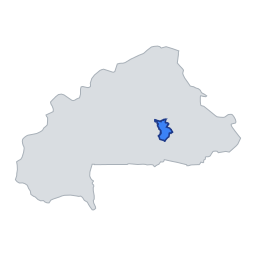 Kouritenga, Kouritenga, Burkina Faso shown in context
{"feature_id": "67063806B40595440400203", "entity_name": "Kouritenga", "entity_type": "district", "adm_level": 2, "iso_a3": "BFA", "parent_name": "Burkina Faso", "parent_adm1": "Kouritenga", "projection": "orthographic", "projection_center": [-0.33, 12.181], "detail": "fine", "context": "in_parent", "style": "filled", "palette": "blue", "viewbox_px": 256, "rotation_deg": 0, "n_neighbors": 0, "source": "geoboundaries", "source_scale": "gbopen_adm2", "svg_char_len": 6630}
<svg xmlns="http://www.w3.org/2000/svg" viewBox="0 0 256 256"><path d="M198.5,164.6L191.2,164.9L188.5,165.7L186.9,165.7L186.8,165.1L186.6,164.7L177.4,162.4L170.9,161.1L164.3,159.6L163.9,161.0L163.0,161.9L161.6,162.0L160.6,161.8L159.9,162.8L158.8,164.3L157.3,164.9L155.8,165.8L155.0,166.6L154.4,166.6L152.8,164.8L150.8,164.6L147.1,164.9L145.4,164.4L143.1,164.2L137.7,164.5L129.0,163.7L127.6,164.1L127.3,164.5L118.7,164.5L109.2,164.5L101.3,164.6L94.4,164.6L94.4,164.3L92.2,164.2L92.0,164.8L89.9,172.0L89.7,176.0L90.7,178.4L91.9,180.0L93.2,180.6L93.3,181.5L92.3,182.6L92.3,183.8L93.6,185.0L93.8,186.3L93.2,187.6L93.3,190.8L94.2,195.8L94.2,199.1L93.3,200.5L93.7,203.1L95.4,206.7L95.7,208.2L95.1,208.9L93.7,209.9L92.2,209.8L90.6,207.6L89.9,206.6L88.5,204.4L87.4,202.2L85.8,201.2L84.3,200.3L82.5,197.4L80.7,196.1L78.8,196.4L76.1,195.9L70.5,195.1L64.5,195.3L62.0,195.9L59.6,196.9L53.3,199.0L50.9,200.1L49.0,202.9L46.9,202.8L44.8,201.9L43.5,200.6L40.6,200.8L37.9,199.5L35.3,197.0L33.4,196.2L30.9,194.4L30.3,191.0L28.7,188.6L27.3,185.3L25.2,183.8L22.7,182.9L19.3,183.0L17.1,181.7L15.4,179.7L15.9,178.1L16.7,175.7L16.8,173.4L17.4,169.7L17.2,165.1L16.6,161.8L18.5,160.5L20.7,159.4L22.1,157.2L23.6,152.3L24.2,148.1L23.8,146.5L23.1,145.2L22.6,143.4L22.3,141.1L22.7,139.2L24.4,137.4L26.5,135.9L28.0,135.2L31.8,134.5L36.7,133.5L39.5,132.2L41.6,131.0L42.7,130.0L43.9,127.9L45.8,126.4L47.3,124.8L47.6,120.3L47.6,117.7L46.5,116.3L46.0,115.0L53.2,111.6L53.3,109.1L52.3,106.3L51.0,104.1L50.5,102.1L52.5,99.9L54.3,98.2L55.6,96.8L58.4,94.6L61.4,94.1L64.0,94.9L71.7,100.2L73.1,100.6L74.7,100.2L76.8,98.9L79.5,97.8L80.5,94.3L80.5,89.2L81.1,86.9L82.6,86.5L87.0,87.5L88.2,87.6L89.5,87.2L90.5,86.4L90.5,84.7L90.3,83.2L91.8,78.5L94.5,75.0L99.9,70.5L101.6,69.7L103.6,69.2L113.2,72.3L114.8,71.6L117.3,64.0L119.9,63.3L123.0,63.2L125.1,62.6L126.1,62.0L130.7,59.2L138.9,55.3L143.2,53.6L144.1,53.0L147.2,50.2L151.4,47.0L154.0,46.4L157.6,46.1L159.9,46.7L160.6,47.6L161.3,48.0L166.1,46.7L172.9,48.8L178.8,50.9L178.4,52.3L178.4,54.7L177.9,58.4L177.3,63.0L179.8,65.9L182.7,69.0L183.5,70.2L182.7,73.3L183.3,75.2L184.8,78.2L187.5,82.0L190.2,86.0L192.0,86.5L193.8,86.8L194.9,87.5L196.5,88.2L198.1,88.6L199.4,89.5L200.3,90.3L201.5,92.7L204.5,94.3L206.7,95.9L205.8,96.7L203.2,96.4L200.7,95.7L200.3,96.9L200.3,101.4L200.7,105.1L201.3,105.6L203.8,106.3L209.8,111.1L215.3,115.6L217.1,116.8L220.1,117.2L223.5,117.4L224.9,117.0L228.2,114.6L229.9,114.4L231.5,114.4L232.4,114.8L233.9,116.7L235.4,119.5L235.9,121.6L235.7,122.7L235.2,123.1L232.6,123.7L231.4,124.1L231.1,124.8L231.6,126.2L232.1,127.1L235.1,131.2L239.3,136.6L240.6,138.1L239.9,139.7L237.8,144.1L236.2,145.9L229.2,152.1L225.7,151.4L218.3,152.7L217.2,151.3L215.5,151.1L213.4,151.3L212.6,151.9L212.4,152.5L211.7,153.3L210.3,155.8L209.3,156.4L208.0,156.8L206.4,156.7L205.4,157.1L205.4,158.3L205.2,159.3L204.1,159.8L203.6,161.0L203.7,162.2L203.1,162.7L201.7,162.4L200.9,162.1L200.1,163.6L199.2,164.6L198.5,164.6Z" fill="#d9dde1" stroke="#a8b0b8" stroke-width="1"/><path d="M166.0,119.2L165.9,119.2L165.7,119.3L165.6,119.2L165.4,119.4L165.2,119.4L165.0,119.5L164.9,119.6L164.6,119.5L164.4,119.5L164.5,119.4L164.4,119.4L164.2,119.3L164.1,119.5L163.9,119.6L163.7,119.6L163.3,119.7L163.3,119.9L163.2,119.9L162.9,120.0L162.7,120.2L162.4,120.1L162.5,120.2L162.4,120.2L162.4,120.3L162.0,120.3L161.9,120.4L161.7,120.5L161.4,120.7L161.4,120.8L161.3,121.0L161.2,121.2L161.1,121.3L160.9,121.2L160.9,121.3L160.7,121.3L160.7,121.5L160.5,121.4L160.4,121.4L160.2,121.4L160.0,121.2L159.9,121.2L159.7,121.3L159.6,121.2L159.4,121.1L159.2,121.1L159.0,120.9L158.9,120.9L158.8,121.0L158.6,121.0L158.5,120.9L158.4,120.9L158.2,120.7L157.9,120.7L157.7,120.6L157.3,120.6L157.1,120.5L157.0,120.4L156.9,120.4L156.7,120.3L156.2,120.1L155.8,119.9L155.6,120.0L155.6,119.9L155.4,119.9L155.1,119.8L155.0,119.7L154.9,119.7L154.9,120.1L154.8,120.4L154.9,120.9L154.9,121.2L154.9,121.3L155.0,121.5L155.3,121.8L155.6,121.8L156.3,121.8L156.6,121.7L157.1,121.8L157.2,122.5L157.2,122.9L157.2,123.2L157.2,123.4L157.2,123.6L157.4,123.6L158.0,123.6L158.2,123.8L158.2,124.3L158.1,124.6L157.7,124.8L157.7,125.2L157.5,125.5L157.5,125.8L157.8,126.1L157.9,126.3L158.0,126.4L158.1,126.6L158.0,126.9L158.1,127.0L158.4,127.1L158.5,127.2L158.6,127.3L158.8,127.7L158.9,128.3L158.8,128.6L158.8,128.9L158.8,129.0L159.0,129.1L159.3,129.2L159.5,129.2L159.7,129.3L159.8,129.4L159.8,129.6L160.0,129.8L160.1,130.0L160.3,130.0L160.6,130.4L160.7,130.5L160.8,130.7L160.7,130.7L160.4,130.6L160.3,130.8L160.4,131.0L160.5,131.3L160.7,131.5L160.7,131.9L160.6,132.2L160.6,132.3L161.1,132.7L161.1,132.9L161.0,133.1L160.9,133.2L160.9,133.3L160.8,133.5L160.7,133.5L160.8,133.6L160.7,133.7L160.6,133.9L160.5,134.0L160.4,134.2L160.4,134.3L160.2,134.4L160.1,134.6L160.0,134.8L159.9,134.8L159.8,135.0L159.7,135.0L159.4,135.2L159.1,135.3L159.1,135.2L158.9,135.4L159.3,135.4L159.3,135.6L159.2,135.8L158.6,136.4L158.6,136.5L159.1,137.1L159.3,137.3L159.4,137.5L159.4,137.8L159.5,138.0L159.5,138.4L159.5,138.5L159.7,138.8L159.7,139.0L159.8,139.2L160.0,139.4L160.2,139.5L160.7,139.6L160.8,139.6L161.0,139.6L161.7,139.8L162.0,140.0L162.5,140.1L162.8,140.2L163.2,140.2L163.4,140.2L163.8,140.2L164.0,140.4L164.1,140.6L164.3,141.1L164.5,141.2L165.0,141.1L165.1,140.9L165.2,140.7L165.4,140.2L165.5,140.1L165.9,139.6L166.0,139.5L166.3,139.1L166.6,138.7L168.0,137.3L168.2,137.1L168.5,137.1L168.8,136.9L168.9,136.7L168.8,136.4L168.9,136.1L169.1,135.8L169.1,135.7L169.1,135.4L169.1,134.8L169.1,134.6L169.2,134.4L169.4,134.2L169.4,133.8L169.3,133.7L169.2,133.5L169.2,133.4L169.3,133.4L169.4,133.2L169.7,133.0L169.8,133.0L169.9,132.9L170.0,132.9L170.2,133.0L170.4,133.0L170.5,133.1L170.8,133.2L171.0,133.3L171.2,133.1L171.2,132.7L171.4,132.5L171.7,132.6L171.9,132.6L172.3,132.4L172.5,132.3L172.6,132.2L172.4,131.6L172.2,131.2L171.9,131.0L171.6,130.9L171.5,130.6L171.3,130.1L171.3,129.9L171.3,129.7L171.2,129.5L171.0,129.4L170.6,129.4L170.2,128.9L170.1,128.5L169.9,128.3L169.7,128.2L169.2,127.9L168.7,127.8L168.2,127.6L167.8,127.5L167.4,127.4L167.2,127.3L166.9,127.2L167.0,126.8L167.0,126.7L166.9,126.7L167.0,126.6L166.9,126.4L167.0,126.3L167.0,126.2L167.3,126.0L167.3,125.9L167.4,125.6L167.4,125.4L167.5,125.3L167.6,125.0L167.8,125.1L167.9,124.9L168.0,124.9L168.0,124.7L168.3,124.5L168.4,124.4L168.4,124.2L168.6,124.2L168.7,123.9L168.5,123.7L168.3,123.5L168.2,123.5L168.1,123.3L168.0,123.1L167.7,123.0L167.6,122.9L167.4,122.8L166.9,122.8L166.3,122.8L166.0,122.9L165.9,122.8L165.5,122.6L165.4,122.4L165.3,122.2L165.4,121.7L165.5,121.5L165.4,121.3L165.5,121.0L165.5,120.9L165.5,120.6L165.6,120.4L165.7,120.2L165.7,119.9L165.7,119.7L165.8,119.4L166.0,119.2Z" fill="#3b82f6" stroke="#1e3a8a" stroke-width="1.5"/></svg>